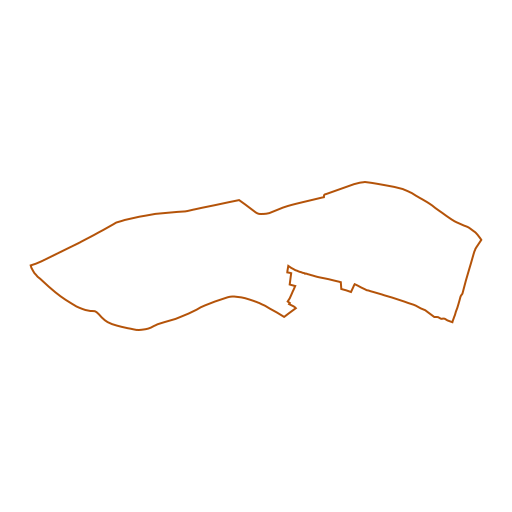 Chau Thanh, Bến Tre, Vietnam
{"feature_id": "81297802B56564979250046", "entity_name": "Chau Thanh", "entity_type": "district", "adm_level": 2, "iso_a3": "VNM", "parent_name": "Vietnam", "parent_adm1": "Bến Tre", "projection": "orthographic", "projection_center": [106.327, 10.29], "detail": "fine", "context": "isolated", "style": "outline", "palette": "amber", "viewbox_px": 512, "rotation_deg": 0, "n_neighbors": 0, "source": "geoboundaries", "source_scale": "gbopen_adm2", "svg_char_len": 3790}
<svg xmlns="http://www.w3.org/2000/svg" viewBox="0 0 512 512"><path d="M452.4,322.2L452.8,320.7L453.7,318.3L454.1,317.1L454.9,315.1L455.9,311.6L457.3,307.9L458.3,304.6L459.5,300.4L460.2,297.8L460.4,297.0L460.9,295.8L461.2,295.3L462.1,294.2L462.5,293.4L464.1,287.3L465.9,280.5L469.4,268.5L470.8,263.8L473.6,254.0L474.4,251.4L475.1,249.9L475.4,248.9L476.3,247.4L481.3,239.9L480.6,238.8L477.6,234.8L475.6,232.6L475.0,232.1L473.6,231.1L470.1,228.5L468.5,227.4L467.6,227.0L466.8,226.6L463.8,225.5L459.1,223.4L456.6,222.3L454.4,221.2L452.5,220.0L451.8,219.6L449.0,217.7L447.1,216.4L446.1,215.7L442.4,213.0L439.8,211.2L435.3,208.0L432.2,205.5L429.4,203.6L426.9,202.0L424.5,200.6L422.1,199.2L419.9,198.0L417.7,196.7L416.1,195.8L411.7,193.0L410.3,192.4L408.5,191.5L406.2,190.5L404.0,189.6L403.4,189.3L402.6,189.0L394.2,186.9L385.6,185.3L377.2,183.8L373.6,183.2L371.1,182.8L368.0,182.4L364.9,182.0L363.0,182.3L362.0,182.4L359.8,182.7L355.9,183.7L354.2,184.1L326.3,194.0L325.1,194.3L324.5,194.7L324.1,195.2L324.0,195.8L323.9,197.2L321.8,197.6L313.5,199.6L303.0,202.1L296.0,203.8L291.7,204.9L287.8,206.0L282.9,207.6L276.5,210.2L269.3,213.1L266.3,213.7L264.1,213.9L261.1,214.0L259.1,213.9L257.8,213.5L256.9,213.1L255.7,212.4L245.1,204.4L239.1,200.1L228.8,202.2L215.2,205.1L201.9,207.8L194.1,209.5L193.9,209.5L191.4,210.1L187.1,211.1L186.8,211.1L185.3,211.4L177.4,211.9L155.3,213.9L145.9,215.6L139.4,216.7L124.7,220.0L122.2,220.8L120.9,221.2L116.4,222.5L115.8,222.8L113.5,224.2L103.2,230.0L98.5,232.5L94.0,235.0L81.0,241.8L80.2,242.3L41.3,261.4L35.9,263.7L30.7,265.4L31.4,267.8L33.2,271.1L34.4,273.1L36.0,274.8L37.4,276.5L37.8,276.9L40.2,278.8L41.4,279.9L48.8,286.7L55.5,292.4L58.5,294.7L60.4,296.2L65.6,299.8L72.5,304.1L73.7,304.8L76.3,306.4L79.2,307.7L82.5,309.0L85.4,310.0L90.4,311.0L92.0,311.0L93.5,311.1L94.8,311.2L96.5,312.1L97.4,312.9L98.9,314.3L101.6,317.3L104.8,320.2L107.6,322.1L112.0,324.1L116.9,325.6L121.5,326.8L127.7,328.2L130.6,328.7L133.3,329.3L136.3,329.9L138.8,330.0L141.2,329.8L143.5,329.5L145.6,329.2L148.2,328.6L150.9,327.6L153.9,326.0L155.5,325.3L157.5,324.3L160.0,323.5L164.2,322.2L175.6,318.9L181.0,316.7L185.1,315.0L188.5,313.6L196.6,309.7L200.7,307.3L205.0,305.4L215.0,301.5L223.4,298.7L227.6,297.3L229.7,296.8L232.4,296.5L233.9,296.5L241.4,297.4L245.1,298.2L249.7,299.6L253.6,300.9L255.2,301.5L256.4,301.9L257.8,302.5L259.2,303.0L260.4,303.6L262.0,304.4L264.3,305.4L265.3,305.9L269.8,308.6L276.9,312.5L284.1,316.9L284.7,316.5L288.6,313.5L295.8,308.2L294.7,307.1L293.5,306.3L289.1,304.1L289.3,303.8L289.8,303.0L287.7,301.5L289.0,299.4L289.7,298.4L289.9,297.9L290.5,296.6L292.1,293.0L292.8,291.3L293.6,289.7L295.2,286.0L291.3,285.0L289.7,284.5L290.7,276.8L291.2,273.2L289.6,272.8L287.3,272.4L287.4,271.1L288.3,265.9L289.6,266.8L291.2,267.9L293.5,269.1L294.8,269.9L295.7,270.3L296.3,270.5L297.0,270.7L298.3,271.3L299.6,271.8L300.4,272.0L301.5,272.3L302.3,272.7L303.0,272.9L303.7,273.0L304.4,273.2L305.0,273.4L305.1,273.7L306.1,273.6L306.6,273.7L307.5,274.1L308.7,274.4L310.1,274.8L311.4,275.2L312.6,275.5L314.9,276.2L317.4,276.9L319.7,277.4L324.3,278.3L328.7,279.2L333.9,280.5L339.0,281.7L340.3,282.1L340.8,282.2L341.1,286.3L341.3,289.0L346.1,290.3L351.0,292.0L353.4,286.8L354.0,285.4L354.7,284.2L357.5,285.5L361.2,287.5L364.8,289.2L366.7,290.2L367.3,290.3L368.5,290.5L370.5,291.2L371.2,291.4L373.4,292.0L378.9,293.6L382.0,294.5L383.1,294.9L384.3,295.3L389.8,296.9L391.9,297.5L397.4,299.3L404.4,301.6L408.2,303.0L413.5,304.7L415.7,305.6L420.8,308.4L425.2,310.2L428.1,312.4L434.3,317.0L436.2,317.0L437.7,317.1L438.2,317.2L438.3,317.3L439.1,317.7L440.1,318.3L440.7,318.6L441.0,318.7L441.2,318.8L441.7,318.8L442.1,318.8L442.8,318.6L443.6,318.6L444.5,318.7L445.4,319.1L446.7,320.0L447.7,320.5L448.8,320.9L450.4,321.5L452.4,322.2Z" fill="none" stroke="#b45309" stroke-width="2"/></svg>